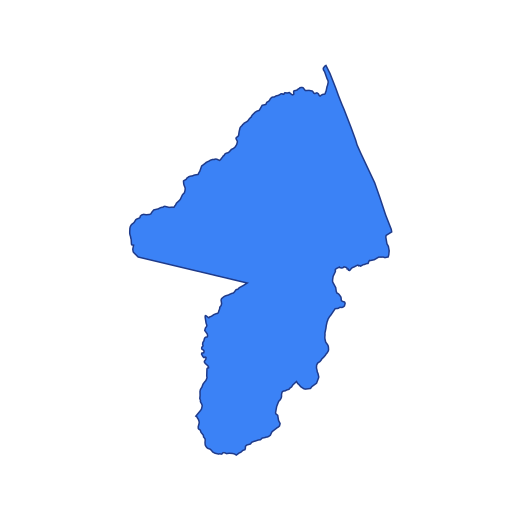 Matina, Limón, Costa Rica, rotated 13°
{"feature_id": "36466004B83376986375247", "entity_name": "Matina", "entity_type": "district", "adm_level": 2, "iso_a3": "CRI", "parent_name": "Costa Rica", "parent_adm1": "Limón", "projection": "natural_earth1", "projection_center": [-83.304, 10.011], "detail": "fine", "context": "isolated", "style": "filled", "palette": "blue", "viewbox_px": 512, "rotation_deg": 13, "n_neighbors": 0, "source": "geoboundaries", "source_scale": "gbopen_adm2", "svg_char_len": 6090}
<svg xmlns="http://www.w3.org/2000/svg" viewBox="0 0 512 512"><g transform="rotate(13 256 256)"><path d="M378.2,206.6L382.8,202.0L381.8,199.6L373.1,186.9L363.6,171.3L355.2,158.0L334.8,132.1L329.4,124.9L327.0,120.6L319.9,109.7L308.9,93.5L305.6,89.0L300.3,81.3L296.0,74.6L287.0,61.5L281.3,54.6L280.3,55.6L279.3,57.9L279.8,59.4L281.4,61.0L285.3,67.2L286.7,68.9L287.1,70.0L287.3,70.9L287.3,74.0L287.1,74.7L287.2,80.0L286.9,80.7L286.9,82.2L286.4,82.9L284.9,83.4L283.5,84.5L282.7,85.6L282.1,85.7L281.4,85.3L280.4,84.0L279.0,83.4L278.4,83.4L276.8,84.5L275.7,84.3L275.1,83.6L273.7,82.6L270.4,82.7L267.3,83.6L266.7,83.6L264.1,81.5L262.8,81.4L261.0,82.1L260.5,83.0L259.5,83.8L258.8,84.9L257.3,85.9L256.6,86.1L255.7,86.8L255.7,87.5L256.3,89.2L256.3,90.1L255.3,90.8L254.5,90.6L252.7,89.8L251.9,89.2L251.0,89.5L250.5,89.9L249.5,90.2L247.4,90.4L247.1,90.9L246.8,91.9L246.6,92.2L245.8,92.3L245.7,92.1L244.7,92.1L243.8,92.4L242.9,93.4L241.4,94.6L239.5,95.5L238.1,96.9L236.0,97.6L234.7,99.3L234.3,100.8L233.6,102.3L231.9,103.9L231.5,106.1L228.1,107.8L226.4,113.4L224.5,114.5L222.9,116.0L220.8,119.3L220.2,120.8L220.2,121.6L219.7,122.1L218.7,123.7L217.7,126.1L216.8,127.2L214.5,129.3L214.4,129.8L213.4,131.0L213.2,131.8L211.9,133.9L211.6,134.9L211.6,138.6L211.9,142.5L211.6,143.3L210.1,145.2L210.1,146.1L210.4,146.5L211.8,148.1L212.2,149.0L212.1,151.8L211.1,154.6L209.8,156.3L207.9,157.8L207.9,158.1L207.2,159.1L206.8,160.2L205.5,161.7L204.1,162.4L203.1,163.2L202.7,163.8L202.2,165.4L201.6,165.8L201.0,167.5L200.3,168.7L199.9,169.9L199.0,171.1L196.1,170.5L194.9,170.6L194.1,170.9L193.6,171.4L192.2,171.6L190.0,172.9L189.1,173.9L186.5,175.9L186.5,176.2L186.1,176.4L185.5,177.3L182.8,180.5L182.2,186.0L181.5,188.1L181.4,188.9L181.2,189.6L178.2,190.8L177.1,191.4L176.3,192.1L173.9,193.1L172.4,194.1L172.1,194.7L171.2,195.5L170.8,196.9L168.5,199.1L168.5,199.4L169.2,201.6L169.8,202.9L171.5,205.4L171.9,206.4L172.1,208.4L172.0,210.5L171.0,212.1L170.5,213.2L169.5,217.9L168.7,219.3L166.6,222.4L166.1,224.6L165.7,225.2L165.1,227.0L163.2,227.3L160.4,228.2L156.3,228.1L155.4,228.3L154.5,229.1L154.3,229.5L152.9,229.9L151.7,230.7L150.1,232.1L146.0,234.1L144.6,236.9L144.1,238.6L143.1,239.4L139.8,240.5L137.1,240.7L135.4,241.7L134.3,243.2L134.3,244.5L134.0,245.1L131.4,246.9L130.7,247.7L129.7,250.7L128.8,252.0L128.4,252.3L127.8,253.2L127.3,254.1L126.9,255.8L126.9,257.4L127.5,260.8L127.9,262.4L128.5,263.8L129.3,265.1L130.1,267.0L130.6,267.8L132.0,272.5L132.5,273.1L134.3,273.0L134.4,277.1L135.2,279.1L135.8,280.0L141.4,283.5L253.5,284.3L250.4,287.5L246.8,290.7L245.7,292.6L244.4,293.1L244.1,293.4L242.8,296.4L242.2,297.2L240.5,298.1L239.3,299.1L239.0,299.2L238.1,300.1L235.7,301.4L234.7,302.1L233.7,303.1L232.1,305.2L231.9,305.9L231.9,306.9L233.2,310.1L233.2,312.1L232.2,314.1L232.4,314.7L232.4,316.3L232.1,317.9L232.1,319.2L231.7,320.3L231.3,320.7L230.4,321.0L228.1,322.6L226.0,324.9L224.6,325.7L224.0,326.8L223.7,326.8L220.5,325.4L220.1,325.5L220.1,326.7L220.5,327.8L222.4,332.5L223.7,334.6L223.7,335.8L222.9,337.6L222.8,340.1L226.1,343.0L226.8,344.7L226.8,345.6L226.6,345.9L225.1,346.5L224.5,347.4L224.3,348.3L224.3,350.5L223.7,352.1L223.8,354.0L224.5,355.1L224.5,355.7L223.7,357.2L223.9,358.4L224.3,359.0L225.9,359.5L226.8,360.3L226.8,362.1L225.1,362.7L225.0,363.8L226.6,365.7L227.9,366.7L228.3,366.7L229.0,365.9L229.9,366.0L230.2,366.3L230.3,368.2L229.4,370.1L229.5,370.9L230.7,372.1L233.8,373.8L234.7,374.8L234.9,375.4L234.9,375.7L234.3,375.8L233.9,376.2L233.6,377.0L235.0,384.1L235.6,385.3L235.5,386.9L235.1,388.8L234.4,390.0L233.2,392.7L232.8,395.9L231.9,398.5L231.9,400.6L232.9,404.5L233.3,407.5L234.4,409.2L234.6,410.4L235.1,411.1L236.3,412.3L237.3,414.0L237.3,417.5L236.5,419.4L233.4,425.6L234.8,426.2L235.7,427.4L236.5,428.0L237.7,429.9L238.2,431.3L238.1,435.5L238.6,437.1L239.4,437.7L240.3,437.9L241.0,438.4L242.1,440.2L244.7,442.2L245.3,443.1L245.6,444.1L247.3,445.4L247.9,446.7L248.3,449.3L249.0,451.5L249.7,452.4L251.1,453.7L252.4,454.3L254.6,454.5L256.1,455.3L257.9,456.7L260.4,457.4L264.2,457.4L265.0,456.9L266.9,456.8L267.3,456.6L267.9,455.3L268.9,454.8L270.2,454.8L271.7,455.2L274.3,454.2L277.5,453.7L279.5,453.7L281.6,454.4L284.0,451.6L285.3,450.7L286.9,448.4L288.8,447.2L288.9,445.4L288.6,444.6L288.6,443.7L289.5,442.3L292.9,440.4L293.7,438.5L296.1,436.8L296.4,436.8L299.6,434.8L301.7,434.0L303.0,432.0L305.8,430.8L306.2,430.4L307.8,429.8L308.9,429.0L310.3,427.4L310.9,424.4L311.3,423.4L315.3,418.5L316.2,417.7L317.1,416.4L317.2,414.0L317.0,413.6L315.3,411.6L314.8,410.8L313.0,406.4L310.7,405.2L310.3,404.2L310.0,397.9L310.7,393.1L311.0,392.1L311.8,390.9L312.3,389.4L312.5,388.4L312.5,387.3L312.0,385.0L312.0,383.0L312.3,382.2L313.2,381.4L314.8,380.8L316.1,379.6L318.1,378.5L318.9,376.9L320.1,375.6L320.9,373.3L323.7,369.2L325.3,370.9L326.6,371.5L329.0,373.3L332.5,374.6L334.0,374.6L338.9,372.8L339.8,370.7L343.6,366.3L344.4,360.5L344.3,359.6L342.8,356.5L341.7,355.1L341.3,353.9L340.1,351.5L339.6,348.7L340.2,346.4L342.0,344.5L342.9,342.8L343.3,341.5L344.7,339.4L345.9,337.1L346.5,335.4L347.0,334.7L347.8,332.2L347.8,331.0L347.0,328.3L346.3,327.0L345.0,325.7L343.3,324.3L341.7,321.0L341.3,319.6L341.0,317.4L340.5,315.6L340.4,310.8L340.1,307.8L340.1,303.8L340.3,303.0L340.4,301.3L341.3,298.5L342.1,297.0L345.0,289.5L347.5,288.7L348.0,288.4L349.2,287.2L351.4,286.8L352.6,285.9L353.4,284.8L353.5,282.3L353.2,281.6L352.6,280.9L350.6,280.8L349.3,280.3L348.9,279.5L348.3,277.6L347.8,276.7L345.5,274.7L344.5,274.2L343.2,273.9L342.1,272.3L340.8,268.9L336.5,264.0L336.0,262.2L335.7,258.5L336.8,253.5L336.8,252.7L336.3,251.9L336.4,251.2L337.2,250.1L339.8,248.0L340.4,248.5L342.4,248.4L343.9,247.4L344.2,246.7L346.8,246.9L347.5,247.6L347.8,248.2L348.6,247.9L348.9,248.1L349.3,249.0L350.4,249.1L350.7,248.8L351.1,247.8L352.4,245.7L354.2,244.5L355.4,243.4L357.0,242.1L358.1,242.1L358.3,242.5L358.5,242.5L359.4,242.0L360.2,242.4L362.3,240.4L363.5,239.9L365.2,238.7L366.9,238.0L367.1,236.2L367.6,234.8L368.3,234.8L372.1,233.0L375.8,229.5L380.3,228.4L382.0,228.6L385.0,227.2L385.1,224.9L384.6,221.0L382.8,216.8L380.8,214.6L378.2,208.3L378.2,206.6Z" fill="#3b82f6" stroke="#1e3a8a" stroke-width="1.5"/></g></svg>